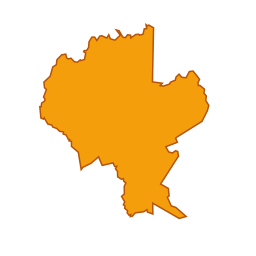 outline of San Marcos, Jalisco, Mexico, rotated 259°
{"feature_id": "50627088B3793649992837", "entity_name": "San Marcos", "entity_type": "district", "adm_level": 2, "iso_a3": "MEX", "parent_name": "Mexico", "parent_adm1": "Jalisco", "projection": "albers", "projection_center": [-104.227, 20.824], "detail": "medium", "context": "isolated", "style": "filled", "palette": "amber", "viewbox_px": 256, "rotation_deg": 259, "n_neighbors": 0, "source": "geoboundaries", "source_scale": "gbopen_adm2", "svg_char_len": 1878}
<svg xmlns="http://www.w3.org/2000/svg" viewBox="0 0 256 256"><g transform="rotate(259 128 128)"><path d="M212.5,76.9L208.6,71.3L203.8,69.7L202.3,65.8L193.7,61.5L189.1,54.2L183.5,53.7L181.4,55.3L174.5,51.0L172.2,52.0L170.3,51.2L169.0,48.0L165.5,46.8L165.8,45.5L154.4,44.4L152.9,46.7L154.0,47.6L147.1,50.1L145.4,53.8L143.3,54.3L141.2,57.9L137.7,60.3L136.5,63.9L134.5,63.2L133.0,65.9L128.4,67.2L127.8,68.5L126.7,67.6L125.6,69.9L120.7,69.0L113.7,74.6L96.1,74.1L98.0,76.2L100.4,84.9L105.3,93.6L96.2,95.5L96.6,106.6L92.8,107.6L92.5,109.6L90.3,107.9L87.3,109.4L82.1,108.5L79.0,111.7L79.1,113.8L76.7,113.6L74.5,115.4L71.3,113.1L64.1,111.9L62.1,108.6L56.1,110.7L53.5,108.8L51.9,110.2L49.8,109.4L47.0,111.8L44.9,111.0L42.0,112.5L42.5,114.1L40.6,113.4L40.6,115.4L43.3,118.9L42.8,127.5L44.2,131.0L41.8,131.0L38.8,136.0L49.5,137.9L29.5,161.0L30.0,168.2L40.8,159.9L43.3,155.6L52.6,153.4L53.5,155.4L60.9,156.1L66.8,149.3L90.8,172.2L95.5,172.3L96.6,170.3L95.0,166.8L96.8,163.3L102.4,161.5L104.6,173.7L108.9,172.8L109.7,174.1L120.4,201.9L129.8,209.2L134.7,211.6L140.3,209.6L144.4,211.0L147.8,209.2L151.5,210.5L156.2,206.6L156.2,205.2L158.9,205.2L162.0,207.5L164.7,206.3L171.5,202.7L171.7,199.0L166.3,194.6L167.5,190.5L171.1,188.4L169.0,185.0L165.9,183.5L164.9,178.4L163.2,177.2L162.4,170.7L163.5,167.6L165.4,170.2L168.6,160.8L221.5,172.2L225.1,168.0L224.5,166.8L226.0,165.4L222.0,165.3L222.2,162.9L217.2,160.6L216.9,157.1L218.0,156.5L218.3,153.4L215.9,148.0L218.6,148.3L219.6,145.4L217.2,142.6L218.3,140.2L225.2,137.8L226.5,135.2L220.6,138.1L216.7,132.0L218.9,127.7L223.2,126.9L220.4,124.4L223.7,119.7L223.5,117.7L219.8,114.1L223.6,112.6L224.1,109.9L220.1,106.2L214.6,104.7L211.9,102.0L212.4,99.8L211.3,99.0L209.7,100.8L203.6,98.4L203.1,94.7L204.0,94.1L202.2,90.9L203.3,88.0L207.4,85.3L207.2,82.6L208.5,81.1L212.4,81.0L212.5,76.9Z" fill="#f59e0b" stroke="#b45309" stroke-width="1.5"/></g></svg>